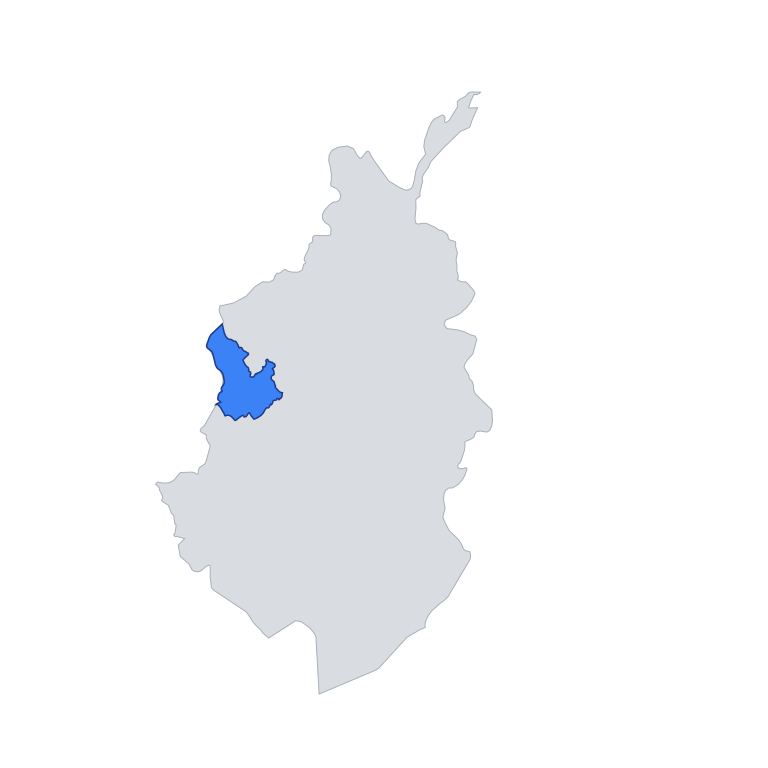 Faryab on a map of Afghanistan (Natural Earth projection), rotated 318°
{"feature_id": "AFG-1745", "entity_name": "Faryab", "entity_type": "Province", "adm_level": 1, "iso_a3": "AFG", "parent_name": "Afghanistan", "parent_adm1": "", "projection": "natural_earth1", "projection_center": [65.119, 36.214], "detail": "fine", "context": "in_parent", "style": "filled", "palette": "blue", "viewbox_px": 768, "rotation_deg": 318, "n_neighbors": 0, "source": "natural_earth", "source_scale": "10m", "svg_char_len": 8585}
<svg xmlns="http://www.w3.org/2000/svg" viewBox="0 0 768 768"><g transform="rotate(318 384 384)"><path d="M340.2,226.5L353.3,225.3L362.2,226.9L366.9,231.5L371.5,232.7L376.0,230.5L378.8,230.1L379.9,231.5L382.1,232.1L385.6,231.9L387.5,233.1L388.0,235.9L390.6,239.4L395.2,243.6L399.3,244.6L404.6,241.3L406.4,241.7L407.2,240.6L407.8,238.2L411.0,236.0L416.8,233.9L420.1,232.0L421.3,230.4L423.3,230.0L425.5,230.5L427.0,229.9L428.2,227.8L430.2,227.0L432.0,227.4L440.2,235.0L443.4,237.3L444.8,236.9L448.9,232.8L449.4,229.0L448.2,224.0L448.9,220.0L451.5,216.9L456.4,215.0L463.6,214.3L468.0,214.8L469.7,216.3L471.9,217.2L474.6,217.4L477.2,215.6L479.4,211.8L479.5,207.2L477.3,201.7L477.8,199.9L481.4,197.1L485.2,193.0L488.8,187.6L492.3,181.1L496.6,177.1L501.8,175.5L508.2,177.3L515.8,182.4L518.8,188.6L517.1,196.1L517.0,200.2L518.6,200.9L527.1,199.5L528.2,200.5L528.2,202.6L527.0,205.8L525.7,214.6L523.4,236.4L527.3,249.4L529.9,254.6L532.4,256.2L535.0,256.8L537.5,256.3L542.6,253.0L550.3,246.9L557.8,243.1L568.8,241.0L572.3,234.4L577.3,230.0L588.8,223.6L595.0,221.1L598.7,220.7L607.5,223.1L608.1,225.1L607.5,227.2L605.1,228.9L604.3,230.3L605.3,231.3L608.8,231.7L624.1,227.2L627.4,223.2L630.7,223.1L637.2,224.8L642.2,224.2L644.9,225.9L651.0,231.7L649.1,232.0L646.4,230.9L644.8,229.0L638.7,231.4L631.9,235.1L632.1,236.0L638.4,241.3L625.7,247.0L620.1,250.3L618.7,250.4L610.0,247.4L585.9,248.3L567.7,250.1L560.7,253.1L554.0,254.5L550.6,256.0L548.4,259.1L538.4,265.9L536.7,268.4L531.0,268.2L525.3,274.8L516.9,282.6L515.2,286.3L516.6,288.2L521.2,291.1L523.3,293.7L526.6,301.3L528.0,306.7L530.0,309.1L531.2,315.4L529.2,319.1L529.3,320.9L532.2,325.8L531.5,327.3L529.4,329.5L526.2,335.7L520.3,340.3L517.8,344.3L513.7,348.8L512.0,352.6L510.2,354.7L508.3,355.8L508.9,357.8L510.5,360.4L513.3,363.2L513.3,374.7L511.9,377.9L504.4,381.0L497.1,382.4L488.2,382.5L484.9,382.0L472.4,377.8L468.5,379.9L467.8,384.9L475.0,393.1L477.9,397.7L481.2,405.3L483.7,409.3L482.9,412.9L470.2,421.1L462.1,421.9L457.1,423.3L454.6,425.3L452.9,433.9L451.1,437.1L451.2,440.9L449.5,445.1L446.9,447.9L445.2,452.3L446.8,475.2L439.6,484.4L435.5,487.6L431.5,489.2L428.3,488.6L424.1,483.4L421.2,481.4L418.4,481.8L415.5,483.6L410.8,483.0L406.8,481.2L404.8,481.4L403.7,483.2L399.4,487.1L389.0,493.1L384.8,493.6L383.0,495.0L383.7,497.5L385.6,499.5L388.9,500.9L389.0,502.5L383.7,505.6L378.3,507.6L372.1,508.3L365.6,507.2L362.3,504.5L358.4,504.3L354.8,506.2L351.1,509.4L346.0,517.5L338.5,522.4L336.7,527.5L334.4,536.5L335.2,549.7L334.3,555.6L332.7,559.4L333.0,562.5L335.5,565.9L334.5,568.2L332.4,570.7L330.4,572.0L289.4,584.8L282.7,585.1L279.2,584.6L267.6,584.5L262.8,585.5L258.0,587.2L254.4,589.3L251.6,592.5L246.8,590.7L231.5,587.6L190.1,591.7L186.2,591.0L128.3,571.0L164.4,526.1L165.4,522.4L165.6,515.0L163.4,505.2L159.9,500.8L128.3,495.6L127.3,487.9L127.8,484.5L127.3,478.0L127.4,472.9L128.9,464.6L129.0,460.8L119.5,423.5L119.5,419.9L125.5,411.4L133.0,403.0L132.7,401.4L128.9,400.5L123.2,400.4L120.2,399.2L117.9,396.8L117.0,393.5L118.6,387.5L117.2,375.9L123.2,366.1L132.4,365.5L127.8,358.3L126.8,357.6L126.5,356.4L127.0,355.1L129.3,354.7L134.9,350.1L135.2,347.5L139.9,340.8L139.5,337.8L142.6,329.9L141.0,324.6L140.8,321.7L144.2,319.9L146.3,312.4L147.6,310.6L147.7,308.8L147.0,305.7L150.1,305.3L152.9,309.1L157.4,313.1L160.3,314.3L163.9,314.9L172.1,313.6L173.8,313.8L182.2,320.9L183.7,322.7L184.3,325.5L185.7,326.3L188.7,323.6L191.5,322.6L197.0,323.5L199.9,322.5L213.6,313.7L214.7,308.1L216.0,304.9L217.9,303.0L215.7,296.6L216.5,295.3L218.3,294.7L222.9,294.7L243.7,287.7L249.2,287.7L250.4,287.1L250.7,285.1L252.2,283.1L262.1,277.8L267.8,272.6L269.8,268.6L279.1,236.2L284.1,233.4L289.2,231.4L306.4,230.8L309.6,220.8L311.1,218.5L314.1,216.2L326.8,223.3L340.2,226.5Z" fill="#d9dde1" stroke="#a8b0b8" stroke-width="1"/><path d="M275.9,249.2L277.2,246.7L277.7,245.1L277.6,243.3L276.9,239.8L277.0,238.1L277.7,236.9L278.8,236.1L285.5,232.5L288.2,231.6L303.9,231.2L303.7,231.5L299.5,239.1L298.4,242.5L298.2,243.9L298.1,244.6L298.2,245.2L298.5,246.6L300.4,249.0L300.8,251.0L301.2,251.6L301.4,251.9L302.0,252.6L302.2,253.0L302.3,253.4L302.4,253.6L302.3,253.8L302.1,254.9L301.8,256.3L301.3,258.4L301.2,258.6L301.0,259.0L300.8,259.1L300.5,259.4L300.4,259.6L300.4,259.8L300.5,260.0L300.9,260.4L301.8,260.9L302.1,261.1L302.3,261.3L302.5,261.6L302.5,261.9L302.5,262.0L302.1,263.5L301.9,264.9L301.9,265.3L302.0,265.7L302.6,266.6L303.0,268.0L303.3,269.1L303.4,269.5L303.8,270.5L303.1,270.8L302.9,271.2L302.9,271.4L302.8,271.5L302.7,271.5L302.3,271.4L296.2,271.6L295.5,271.8L295.3,272.0L295.0,272.3L294.9,272.6L293.7,277.0L293.7,279.1L293.8,279.5L293.8,279.8L293.9,280.0L294.0,280.3L294.0,280.7L294.0,281.2L293.9,281.5L293.5,282.2L293.2,282.6L293.1,282.8L292.8,283.1L292.6,283.2L292.2,283.6L292.5,285.2L292.7,285.8L292.6,286.0L292.5,286.3L292.0,287.0L291.8,287.2L291.6,287.4L291.4,287.5L290.7,287.8L290.1,288.3L289.9,288.5L289.7,288.7L289.7,288.9L289.7,289.2L289.7,289.4L289.7,289.6L289.8,289.7L290.0,290.0L291.3,291.1L291.9,291.4L292.3,291.4L292.6,291.4L292.8,291.4L293.2,291.1L293.5,290.9L295.0,290.7L295.4,290.6L295.6,290.6L295.8,290.8L295.9,291.2L296.0,291.4L296.1,291.5L296.6,291.3L297.0,291.1L297.3,291.2L297.6,291.4L297.8,291.5L299.5,292.1L301.3,292.4L303.8,292.0L304.0,291.9L304.4,291.5L304.6,291.2L304.8,290.9L304.9,290.7L305.0,290.4L305.1,290.2L305.4,290.1L305.6,290.1L305.8,290.2L305.9,290.3L306.1,290.6L306.3,290.9L306.5,291.1L306.9,291.4L307.1,291.5L307.3,291.5L307.8,291.2L308.9,290.7L309.3,290.6L309.9,290.1L310.5,289.8L310.7,289.7L310.8,289.6L311.0,289.3L311.1,289.2L311.3,288.5L311.3,288.2L312.2,287.4L312.8,287.3L313.1,287.3L313.3,287.3L313.5,287.5L313.9,287.8L314.0,288.0L314.0,288.3L313.7,288.6L313.7,288.8L313.7,289.2L313.7,289.3L313.6,289.5L313.4,289.8L313.3,290.0L313.5,290.4L313.7,290.6L314.0,290.8L314.2,291.0L314.4,291.7L314.7,292.6L314.8,292.7L314.9,292.8L315.2,292.9L315.3,292.9L315.3,293.1L315.3,293.3L315.7,295.0L315.7,295.3L315.7,295.5L315.8,295.5L316.0,295.5L316.1,295.9L315.9,296.2L315.7,296.5L315.6,296.8L315.5,297.3L315.4,297.5L314.7,298.0L313.4,298.2L312.4,297.9L311.8,297.9L311.6,297.9L311.4,297.9L311.1,298.0L311.1,298.3L311.2,298.7L311.3,298.9L311.2,299.2L311.1,299.9L311.0,300.2L310.7,300.6L310.6,300.8L309.7,302.2L309.0,303.1L308.6,303.4L308.4,303.4L308.2,303.4L307.0,303.0L305.9,302.9L305.5,303.0L305.2,303.1L304.1,304.0L303.8,304.3L303.7,304.5L303.7,304.8L303.7,305.1L303.7,305.3L303.5,305.8L303.4,306.1L303.3,306.3L303.4,306.5L303.9,308.1L303.9,308.4L303.9,308.5L303.8,308.8L302.7,311.1L302.2,312.5L302.1,312.8L301.9,313.0L301.3,313.3L301.2,313.4L301.1,313.6L301.0,314.7L300.9,316.0L301.1,316.9L301.1,317.3L301.0,318.2L301.0,318.7L301.1,319.4L301.5,320.9L301.7,321.2L301.8,321.5L302.7,322.5L301.4,323.4L300.3,324.7L300.1,324.8L298.2,325.5L297.7,325.6L297.4,325.4L297.1,325.2L296.8,325.2L296.1,325.5L295.9,325.6L295.6,325.5L295.4,325.3L295.4,325.2L295.5,325.0L295.6,324.7L295.6,324.3L295.3,323.6L295.1,323.4L294.7,323.2L294.3,323.4L294.0,323.7L293.9,323.8L293.4,323.9L292.6,323.5L292.5,323.4L292.1,323.1L291.9,323.0L291.5,322.8L291.1,322.5L290.8,322.4L290.4,322.4L289.8,322.6L289.3,322.9L289.0,323.2L288.0,323.7L286.6,324.1L286.4,324.1L286.3,323.8L286.3,323.7L286.3,323.3L286.2,323.3L286.0,323.2L285.7,323.3L282.9,324.4L282.6,324.4L282.3,324.4L281.9,324.2L281.1,323.3L280.8,323.2L280.4,323.2L278.7,323.4L275.8,324.4L275.4,324.6L274.5,324.8L273.3,324.8L272.2,325.0L271.5,325.0L267.7,324.5L264.2,323.3L264.0,323.2L263.8,323.0L263.8,322.4L263.8,321.6L264.0,319.9L264.0,319.2L264.0,318.7L264.4,317.3L264.5,316.3L264.5,315.7L264.5,315.3L264.2,315.0L262.5,315.2L261.2,315.7L260.8,315.7L260.1,315.9L259.8,315.9L259.4,315.7L258.0,314.9L258.1,314.6L258.3,314.2L258.4,313.9L258.4,313.7L258.3,313.2L258.1,312.9L257.9,312.7L255.6,312.2L249.7,311.8L249.3,311.6L249.1,311.5L249.0,311.3L248.8,311.1L248.8,310.7L248.9,310.2L248.9,309.9L248.9,309.4L248.8,306.2L248.6,305.4L248.3,304.5L247.8,303.6L247.4,303.0L246.7,302.4L246.4,302.1L246.0,301.9L245.5,301.7L245.1,301.7L244.9,301.6L244.6,301.4L244.6,301.1L244.7,300.6L245.1,299.4L245.6,298.6L245.7,298.3L245.6,297.4L245.7,296.6L246.0,295.6L246.7,292.6L246.8,290.8L246.8,288.8L246.4,287.4L245.3,286.8L245.9,286.7L246.9,286.9L250.5,288.3L250.5,287.7L250.2,285.5L250.1,284.7L250.5,284.0L250.9,283.4L253.4,281.5L254.7,280.9L256.1,280.6L257.6,280.9L258.2,281.1L258.7,281.2L259.0,280.9L259.6,279.1L260.1,278.5L260.6,278.1L261.3,277.8L264.1,277.2L265.3,276.7L266.5,275.7L267.3,274.8L270.2,270.3L270.9,268.7L271.3,267.0L271.5,265.2L271.4,264.3L270.9,262.5L270.7,261.6L270.7,260.6L270.8,259.7L271.3,257.9L271.9,256.4L275.9,249.2Z" fill="#3b82f6" stroke="#1e3a8a" stroke-width="1.5"/></g></svg>